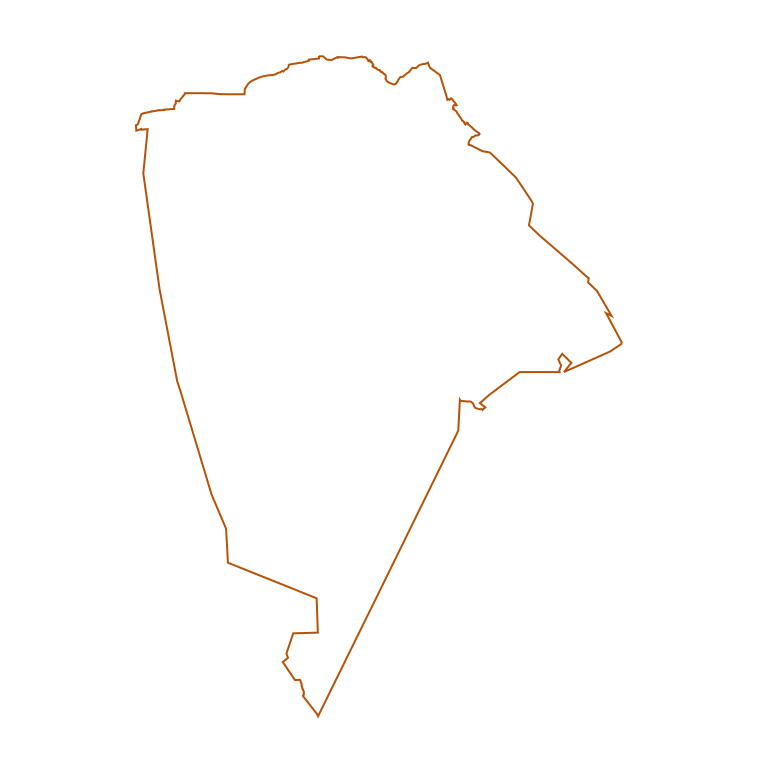 San Juan de Guadalupe, Durango, Mexico, rotated 178°
{"feature_id": "50627088B55888965347329", "entity_name": "San Juan de Guadalupe", "entity_type": "district", "adm_level": 2, "iso_a3": "MEX", "parent_name": "Mexico", "parent_adm1": "Durango", "projection": "robinson", "projection_center": [-102.803, 24.72], "detail": "fine", "context": "isolated", "style": "outline", "palette": "amber", "viewbox_px": 768, "rotation_deg": 178, "n_neighbors": 0, "source": "geoboundaries", "source_scale": "gbopen_adm2", "svg_char_len": 5880}
<svg xmlns="http://www.w3.org/2000/svg" viewBox="0 0 768 768"><g transform="rotate(178 384 384)"><path d="M286.4,354.7L285.7,355.4L283.6,357.1L288.8,361.6L279.4,369.3L248.1,391.2L208.1,389.8L208.2,390.2L208.3,390.8L208.3,391.4L208.1,392.1L207.7,392.5L207.6,392.9L207.6,393.3L207.4,393.9L207.0,394.4L206.8,395.0L206.7,395.3L206.7,395.6L206.6,395.9L206.4,396.4L208.9,402.5L204.9,407.9L196.0,398.6L203.7,389.7L157.3,408.4L145.4,415.7L145.0,417.4L159.6,447.1L154.2,444.1L167.8,469.4L176.5,478.5L175.7,482.6L179.2,485.6L190.7,496.8L223.9,527.5L233.6,537.5L228.9,558.9L229.3,560.1L230.5,562.4L244.9,585.7L269.4,611.0L270.0,611.5L271.0,611.9L277.4,613.2L289.2,619.7L290.3,620.2L290.6,619.8L291.1,620.1L291.0,621.3L290.8,622.7L290.2,623.9L289.9,624.4L289.5,625.0L289.1,625.3L288.4,626.3L288.0,627.0L287.9,627.4L287.3,627.7L286.8,627.9L286.2,627.7L285.7,627.9L284.8,628.6L284.1,629.2L283.7,629.2L283.0,629.1L282.4,629.2L281.7,629.2L281.0,629.4L280.5,629.6L280.0,630.1L279.8,630.4L279.9,631.1L284.8,634.8L287.5,637.7L287.9,638.0L289.6,639.6L290.4,640.1L290.7,640.4L291.0,640.8L291.0,641.5L291.3,642.0L291.8,642.2L292.3,642.3L293.5,640.5L294.4,641.4L294.6,642.2L294.9,642.9L295.2,643.5L295.8,644.0L296.7,644.4L296.9,644.9L297.1,645.5L297.4,646.1L297.9,646.8L298.7,648.2L299.3,648.9L299.7,649.6L300.4,650.9L301.0,651.4L301.3,652.1L301.6,652.9L302.0,653.7L302.4,654.3L302.9,654.5L303.7,655.2L304.4,655.6L305.2,656.2L304.9,656.7L304.8,657.2L305.4,657.4L305.2,659.1L304.8,659.6L304.4,659.8L304.2,660.3L303.8,660.2L303.0,660.2L302.0,659.9L301.6,660.1L302.6,661.6L303.1,662.3L303.4,662.9L304.1,663.8L305.3,665.1L305.6,665.9L306.9,667.2L308.7,665.6L309.7,666.5L310.7,665.8L311.8,670.6L317.3,690.8L327.0,698.4L328.9,703.6L329.7,703.0L332.0,702.5L334.5,702.2L336.7,701.8L338.0,701.2L339.5,699.7L341.1,698.6L344.7,699.0L347.9,695.1L351.8,692.5L353.3,691.3L354.0,690.5L354.6,690.4L355.6,690.3L356.9,690.2L358.1,688.8L359.4,686.9L360.2,685.5L361.4,683.9L362.0,683.5L363.1,683.1L363.4,683.1L364.0,683.0L368.5,685.1L370.4,686.4L371.6,688.5L371.9,688.9L371.9,689.4L371.5,690.0L371.4,690.5L371.4,690.8L371.4,691.0L371.4,691.3L371.5,691.5L371.7,692.3L371.6,692.5L371.7,692.8L371.8,693.0L372.1,693.3L372.5,693.5L372.8,693.6L373.0,693.8L373.4,694.1L373.5,694.4L373.7,694.6L374.0,694.8L374.6,695.2L374.8,695.5L375.0,695.6L375.2,695.8L375.2,696.0L375.3,696.1L375.5,696.0L375.6,695.9L375.8,695.8L376.2,696.0L376.4,696.5L376.7,696.6L376.9,696.7L377.0,696.9L377.3,697.7L377.4,697.9L378.4,698.0L378.6,698.0L379.2,698.4L379.9,698.8L380.0,699.0L380.1,699.3L380.5,699.5L380.9,700.1L381.2,699.9L381.5,699.9L381.7,700.0L381.8,700.3L382.0,700.5L382.8,700.7L383.3,701.1L383.7,701.2L384.0,701.4L384.2,701.6L384.4,701.9L384.5,702.3L384.4,702.5L384.1,702.8L383.7,703.0L383.5,703.3L383.5,703.6L383.6,703.8L384.1,704.2L384.4,704.7L384.6,705.3L384.7,705.5L385.1,706.1L385.4,706.6L385.5,706.7L385.9,707.0L386.3,707.2L386.5,707.5L386.6,707.1L386.8,707.4L387.1,707.6L387.3,707.1L387.5,707.2L388.0,707.5L388.4,707.4L388.5,708.0L388.9,708.9L389.9,709.9L390.1,710.6L390.4,710.9L392.0,711.4L392.8,711.3L393.9,711.2L394.5,712.0L405.7,710.5L411.6,711.8L417.1,712.2L418.5,711.8L418.5,712.4L418.8,712.5L425.0,709.7L429.6,710.1L433.5,713.6L436.9,713.8L437.6,713.4L437.6,711.6L447.8,710.8L447.8,709.7L448.4,709.5L448.6,709.5L448.7,709.4L452.6,708.6L453.8,708.1L455.1,708.0L458.5,707.8L459.2,707.6L459.9,707.5L462.4,707.2L462.7,707.3L464.3,707.0L465.3,706.9L467.6,706.5L468.0,706.1L468.3,704.4L469.1,703.3L469.9,702.4L470.6,702.0L471.6,701.9L473.6,699.8L474.9,700.4L476.7,699.1L478.5,698.8L482.1,697.2L484.5,696.6L487.4,696.6L491.1,696.2L495.1,695.5L498.9,694.3L500.9,693.5L503.5,692.4L506.7,690.9L509.1,689.0L511.2,685.9L512.4,684.3L512.8,683.9L513.3,678.4L536.9,679.3L546.7,680.6L572.9,681.6L572.9,680.8L577.2,676.0L578.8,673.5L582.0,674.5L582.4,671.5L583.8,669.4L584.1,667.2L584.2,666.2L593.9,665.9L593.9,665.5L600.0,665.4L600.0,665.5L602.2,665.0L607.0,664.4L607.0,664.6L607.5,664.5L608.1,664.2L608.5,664.1L610.9,663.7L613.5,663.2L613.8,663.3L614.0,663.2L614.3,663.1L614.6,662.9L614.9,662.8L615.1,662.7L615.6,662.9L616.1,662.6L616.6,662.4L616.8,662.3L617.0,662.1L617.1,661.9L617.3,661.8L617.3,661.7L617.5,661.3L617.6,660.6L618.2,659.7L618.2,659.3L618.4,658.6L618.6,658.0L618.6,657.7L619.2,656.5L619.5,656.0L619.7,655.6L620.6,652.9L621.1,652.0L623.0,651.2L622.7,648.5L622.8,647.8L622.7,646.9L622.7,645.9L617.7,647.3L617.6,646.6L613.6,646.9L611.3,646.9L617.2,602.9L605.0,486.6L590.6,394.1L587.9,384.8L560.2,279.6L546.9,244.9L546.2,210.8L458.8,172.2L458.8,137.8L483.4,138.0L490.9,118.1L489.5,113.7L494.9,109.7L483.3,91.2L478.3,91.2L478.2,91.2L478.0,90.9L477.8,90.4L477.8,90.2L477.7,89.6L477.7,89.4L477.5,89.0L477.3,88.3L477.1,88.0L476.9,87.4L477.0,87.3L476.8,86.9L476.8,86.5L476.9,86.1L476.9,85.8L476.8,85.7L476.7,85.2L476.7,84.4L476.5,84.2L476.5,83.9L476.4,83.3L476.3,83.0L476.1,82.9L476.0,82.7L476.1,82.3L475.9,82.2L475.7,81.8L475.5,81.4L475.5,81.0L475.4,80.6L475.3,80.3L475.1,80.0L475.0,79.6L474.8,78.9L474.8,78.7L474.8,78.2L475.0,78.0L475.0,77.8L475.2,77.5L475.2,77.2L475.0,76.8L474.9,76.4L475.0,76.2L475.3,75.8L475.5,75.6L475.8,75.2L475.6,74.6L475.4,74.3L475.3,74.0L475.1,73.9L474.3,72.8L469.1,65.6L465.8,61.1L464.8,59.7L462.6,56.8L461.5,54.2L416.5,138.3L397.5,173.7L331.1,297.9L311.4,334.8L308.7,365.5L308.6,365.3L308.2,364.9L307.8,364.6L307.5,364.5L307.0,364.3L306.0,364.2L304.3,364.0L303.2,363.9L302.6,363.8L302.3,363.7L302.2,363.7L301.8,363.6L301.2,363.6L300.0,363.6L299.5,363.6L298.1,363.4L297.8,363.3L297.4,363.0L297.1,362.8L296.4,362.1L296.1,361.9L295.8,361.5L295.7,361.3L295.3,360.3L295.2,360.2L295.1,359.7L294.9,359.1L294.9,358.9L294.7,358.7L294.3,357.9L294.2,357.7L293.8,357.2L293.5,356.9L293.4,356.8L293.0,356.6L292.6,356.4L292.4,356.4L291.9,356.3L290.8,355.9L290.4,355.8L289.3,355.5L288.8,355.5L288.4,355.4L287.4,355.5L287.1,355.5L286.9,355.4L286.7,355.2L286.4,354.7Z" fill="none" stroke="#b45309" stroke-width="2"/></g></svg>